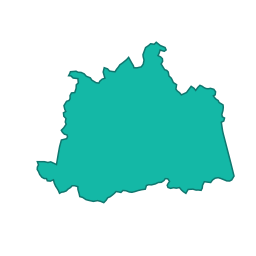 outline of Socorro, São Paulo, Brazil, rotated 257°
{"feature_id": "56859067B26049884492789", "entity_name": "Socorro", "entity_type": "district", "adm_level": 2, "iso_a3": "BRA", "parent_name": "Brazil", "parent_adm1": "São Paulo", "projection": "robinson", "projection_center": [-46.516, -22.599], "detail": "fine", "context": "isolated", "style": "filled", "palette": "teal", "viewbox_px": 256, "rotation_deg": 257, "n_neighbors": 0, "source": "geoboundaries", "source_scale": "gbopen_adm2", "svg_char_len": 2700}
<svg xmlns="http://www.w3.org/2000/svg" viewBox="0 0 256 256"><g transform="rotate(257 128 128)"><path d="M164.2,70.6L160.5,70.6L158.1,71.1L157.3,68.5L153.9,68.1L151.2,69.7L147.9,68.2L145.6,68.6L142.6,65.4L140.8,62.5L138.5,63.2L136.3,64.6L135.0,67.0L133.0,67.1L131.4,65.8L131.3,60.4L125.3,57.2L117.4,53.8L108.5,50.1L112.4,45.1L112.4,42.2L114.0,38.9L115.6,32.1L112.2,32.5L110.3,30.9L108.0,30.2L105.7,31.0L102.6,31.5L99.4,33.0L97.6,35.0L97.0,37.2L94.7,37.5L93.7,40.4L94.3,43.7L90.7,43.8L87.6,44.4L85.2,45.3L82.7,46.1L79.8,46.6L80.4,48.7L80.2,50.9L80.6,53.7L82.0,55.9L82.9,58.5L84.3,60.6L83.7,63.2L82.1,65.9L79.3,65.4L75.2,65.6L72.0,65.6L70.6,68.2L67.7,70.9L66.2,73.7L64.3,77.8L64.1,82.0L62.7,84.8L60.7,87.6L62.6,90.5L64.6,92.5L65.1,95.3L66.3,97.9L67.5,100.2L68.8,102.0L67.9,104.3L66.8,106.6L68.3,109.0L67.3,112.0L65.4,114.8L64.5,117.3L64.5,120.2L64.8,123.9L64.8,127.5L64.5,131.1L67.8,133.0L68.1,135.4L67.3,138.1L67.4,142.2L68.1,145.2L67.6,148.3L68.8,151.3L70.3,152.9L69.6,155.3L66.7,156.5L65.1,154.8L63.4,153.3L61.1,153.6L59.6,155.9L59.6,158.9L58.5,161.6L58.4,164.7L55.5,166.2L53.5,167.6L51.3,169.7L53.2,171.4L54.6,172.8L54.2,175.2L53.8,177.5L52.2,180.4L51.8,182.5L50.8,185.2L52.7,186.8L55.5,187.8L58.5,190.3L57.5,193.0L56.3,196.3L58.3,198.6L59.5,201.6L59.3,204.7L58.2,206.7L56.4,209.3L54.2,212.4L53.5,215.2L54.1,217.4L57.3,220.5L70.0,220.3L74.3,220.2L93.3,219.7L100.4,219.5L103.8,219.5L112.6,220.2L113.3,222.9L116.0,224.3L117.7,222.4L120.2,222.5L123.6,224.4L126.7,225.5L129.1,225.8L130.8,224.1L132.3,222.5L134.5,222.0L136.1,220.4L137.9,219.3L140.1,218.4L140.7,220.4L143.6,221.5L146.4,220.3L148.1,217.3L148.2,214.9L148.9,212.9L150.2,211.2L152.0,209.6L153.4,207.7L151.9,205.3L149.4,202.4L151.8,201.3L154.4,198.9L149.4,193.0L148.7,189.7L148.3,187.4L150.9,186.1L152.9,184.4L155.1,183.4L159.3,185.1L162.1,182.4L164.7,181.9L166.8,181.4L169.5,179.6L173.5,179.8L175.4,178.7L176.6,176.8L182.9,174.7L185.3,176.8L187.8,177.1L189.9,175.8L191.8,173.5L193.8,175.1L196.7,176.8L194.6,180.6L195.5,182.7L198.1,182.2L201.2,177.9L205.2,174.8L203.7,172.4L205.0,169.0L203.7,166.6L202.4,163.2L196.1,159.1L194.0,158.8L190.6,158.9L186.8,157.2L184.6,154.7L184.6,150.2L185.3,147.4L187.6,147.2L190.3,146.3L196.7,144.5L195.0,142.1L192.7,137.5L191.4,134.3L189.5,132.3L187.8,130.1L185.7,128.0L186.6,125.4L187.7,122.8L190.2,121.4L192.1,118.4L188.1,116.4L181.7,116.7L181.4,113.8L179.9,111.0L178.3,109.7L179.3,107.1L182.8,103.5L185.3,102.6L187.8,99.0L190.6,97.5L192.7,94.8L193.6,91.7L195.0,90.2L195.8,84.6L193.8,83.2L192.3,81.9L191.7,84.0L189.0,85.8L187.4,90.3L183.1,89.7L181.7,87.3L178.4,86.4L174.5,84.1L174.9,80.8L172.6,78.8L169.7,78.2L168.1,76.8L167.8,74.1L164.2,70.6Z" fill="#14b8a6" stroke="#0f766e" stroke-width="1.5"/></g></svg>